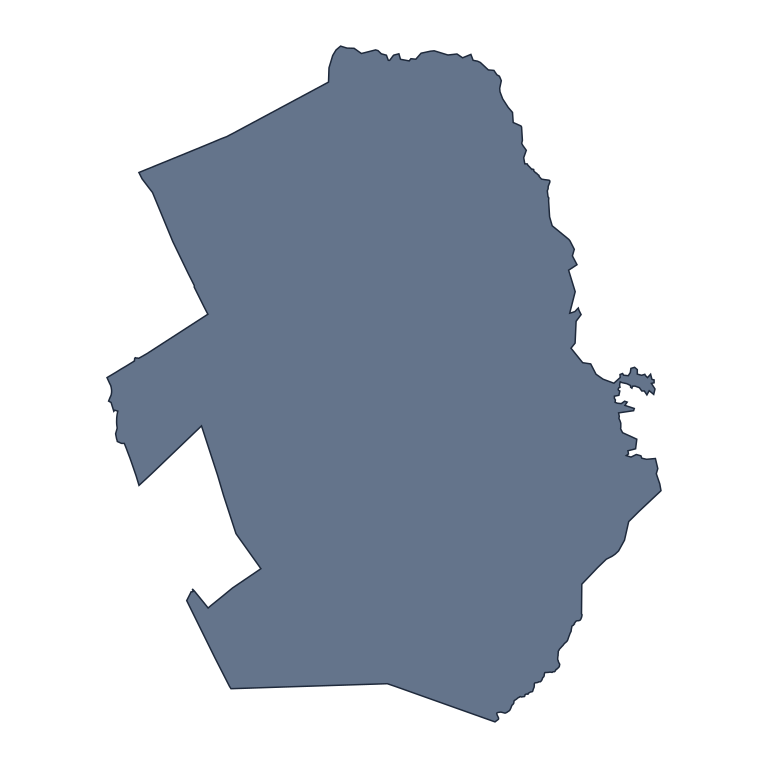 outline of Higueras, Nuevo León, Mexico
{"feature_id": "50627088B36696430432628", "entity_name": "Higueras", "entity_type": "district", "adm_level": 2, "iso_a3": "MEX", "parent_name": "Mexico", "parent_adm1": "Nuevo León", "projection": "mercator", "projection_center": [-99.96, 26.036], "detail": "fine", "context": "isolated", "style": "filled", "palette": "slate", "viewbox_px": 768, "rotation_deg": 0, "n_neighbors": 0, "source": "geoboundaries", "source_scale": "gbopen_adm2", "svg_char_len": 6005}
<svg xmlns="http://www.w3.org/2000/svg" viewBox="0 0 768 768"><path d="M107.0,377.6L109.5,383.1L110.7,385.5L111.2,387.4L111.6,390.2L111.6,392.2L111.5,392.9L111.3,394.3L111.1,395.1L110.6,396.3L109.9,397.8L108.6,401.1L110.0,401.9L111.0,402.4L111.1,402.6L113.8,411.3L114.4,410.6L114.6,410.2L115.5,410.4L117.0,410.9L117.8,411.1L117.1,414.6L116.7,417.9L116.6,422.0L116.7,424.4L117.2,428.1L115.6,433.8L116.6,438.9L117.1,440.4L117.3,441.5L119.8,442.6L121.0,443.2L121.6,443.4L122.2,443.4L124.3,443.4L126.1,447.9L128.2,453.5L129.9,457.9L131.3,461.9L136.1,475.8L139.0,485.4L151.0,474.3L201.5,425.9L217.6,475.3L223.5,495.3L236.0,533.7L260.9,568.7L232.6,587.9L224.7,594.4L211.0,605.5L208.1,608.0L204.6,603.6L194.5,591.2L192.3,588.9L193.2,591.4L193.0,591.5L192.1,591.8L191.5,591.8L191.1,591.8L190.5,593.1L186.7,600.6L214.9,657.8L229.5,686.4L231.0,688.7L283.3,687.0L381.4,683.9L387.3,683.7L395.2,686.4L495.0,721.9L497.1,720.3L498.4,719.3L498.6,718.6L498.5,717.8L497.3,715.3L496.9,714.2L496.7,713.4L496.9,713.0L497.4,712.7L497.8,712.5L500.5,712.1L501.4,712.2L504.1,712.9L504.9,713.1L505.6,713.0L507.2,712.2L507.6,711.8L508.3,711.4L509.2,710.8L509.8,710.2L510.2,709.4L510.8,708.2L511.4,706.6L511.9,705.4L512.2,705.0L512.6,704.7L513.1,704.2L513.7,703.3L514.0,701.4L514.1,700.9L514.3,700.6L516.8,698.9L517.1,698.6L517.4,698.3L517.8,698.0L518.2,697.7L518.7,697.5L519.1,697.3L519.3,697.2L519.5,696.9L519.8,696.7L520.1,696.6L520.3,696.6L520.5,696.6L521.1,697.0L521.3,697.0L523.2,696.7L523.9,696.6L524.3,696.6L524.5,696.5L524.7,696.2L524.8,695.9L524.9,695.7L524.9,695.1L525.0,694.8L525.3,694.5L526.1,694.1L527.3,694.1L527.5,694.2L527.9,694.2L528.1,694.1L528.3,693.8L528.3,693.3L528.6,693.1L530.3,692.1L530.7,691.9L531.0,691.9L531.9,691.8L532.3,691.6L532.5,691.4L532.7,691.2L533.4,688.9L534.1,687.3L534.3,685.7L534.3,683.9L534.5,683.4L534.7,683.1L535.1,682.9L535.7,682.7L536.6,682.7L537.2,682.6L537.8,682.4L538.6,682.0L538.8,681.8L540.0,681.8L540.3,681.8L540.8,681.4L541.1,681.1L541.4,680.7L541.7,680.3L542.0,679.7L542.6,678.1L542.7,677.8L543.5,677.0L543.8,676.7L544.1,676.0L544.2,675.4L544.3,674.3L544.4,673.8L544.6,673.2L544.7,672.8L544.9,672.6L545.1,672.5L545.3,672.5L546.2,672.5L548.1,672.4L548.9,672.3L549.3,672.2L549.8,672.1L550.1,672.1L551.4,672.3L552.1,672.4L552.3,672.3L552.6,672.0L552.8,671.9L553.2,671.8L553.8,671.7L554.5,671.7L555.0,671.3L555.9,669.9L555.9,669.7L556.0,669.6L556.4,669.3L556.5,669.2L556.8,669.2L558.8,667.3L559.1,666.8L559.3,666.5L559.4,666.1L559.4,665.8L559.5,665.5L559.6,665.0L559.7,664.7L559.7,664.4L559.6,664.0L558.7,662.4L558.3,661.3L558.2,661.1L558.2,660.6L557.9,660.1L557.8,659.9L557.7,659.5L557.7,659.1L557.7,658.1L557.9,656.3L558.1,655.4L558.1,654.6L558.1,654.1L558.1,653.7L558.2,653.3L558.3,652.4L558.2,651.8L558.3,651.2L558.6,650.8L559.0,650.2L559.2,649.8L559.2,649.6L559.4,649.3L559.7,648.9L561.2,647.3L561.8,646.6L563.0,645.4L563.5,644.7L563.8,644.3L564.0,644.0L565.0,643.0L566.1,642.1L567.0,641.2L567.2,640.9L567.7,640.0L568.9,636.5L569.3,635.5L570.0,633.5L570.8,631.9L571.1,631.3L571.4,628.8L571.7,627.7L571.8,626.4L572.4,625.7L572.7,625.6L572.9,625.5L573.2,625.4L573.5,625.1L573.6,624.8L574.4,624.0L574.3,623.9L574.3,623.4L575.7,621.6L576.0,621.3L576.3,621.0L576.5,620.9L576.9,620.8L578.1,620.7L578.7,620.7L579.3,620.5L580.2,620.1L580.8,619.2L581.3,618.0L581.7,616.9L582.0,615.2L582.0,614.6L581.5,613.9L581.8,584.2L597.6,567.6L606.3,559.2L612.2,556.2L615.1,554.2L618.6,550.9L624.5,540.2L628.7,521.6L639.2,511.2L661.0,490.7L659.8,484.0L656.3,473.7L657.8,468.6L655.4,458.5L646.6,459.3L641.8,458.2L640.9,455.8L636.3,454.5L631.0,457.1L626.3,455.6L628.5,453.9L627.9,450.8L635.6,448.8L636.8,439.2L622.6,432.7L620.6,428.8L620.8,427.2L620.8,423.2L620.1,421.0L618.9,418.3L619.3,416.5L618.6,412.9L633.6,410.7L634.3,408.5L624.9,405.4L627.2,402.1L624.6,401.2L621.3,403.6L617.3,403.2L615.1,402.3L615.4,399.9L614.4,398.4L614.4,396.2L618.9,395.3L619.8,391.0L618.6,390.4L618.1,389.3L618.9,387.7L620.0,387.3L619.6,384.9L620.2,381.8L621.9,382.6L626.9,383.7L630.5,385.5L630.6,387.2L631.9,388.2L632.6,386.2L635.0,386.1L639.4,387.7L641.8,391.0L644.3,391.0L646.9,394.9L649.2,390.7L653.7,394.4L655.0,389.0L651.4,383.4L654.1,382.8L654.1,379.9L652.5,379.5L651.8,379.1L651.6,378.1L650.6,374.2L647.5,377.6L645.5,375.6L644.8,374.3L641.6,375.3L637.3,374.1L637.3,369.6L634.6,367.3L630.9,368.4L630.3,372.5L628.3,375.7L623.6,375.2L622.6,373.5L620.0,374.5L620.2,377.5L613.9,383.2L603.1,379.2L596.0,374.2L590.7,363.9L582.7,362.7L571.0,348.2L575.1,343.1L576.1,321.3L581.1,314.6L579.0,310.4L578.3,308.0L577.1,309.2L575.0,311.5L572.8,312.3L569.7,313.2L575.2,291.7L568.6,270.2L577.0,264.7L572.4,255.9L574.3,249.3L570.0,240.9L568.8,239.4L552.2,225.8L549.6,216.9L548.6,200.7L548.8,197.9L548.0,196.7L547.3,190.8L548.1,188.8L548.2,186.4L549.8,182.3L549.9,181.0L549.1,180.2L544.4,179.6L541.5,179.1L539.1,176.4L539.0,175.4L537.5,174.3L536.5,173.1L535.7,172.9L533.8,170.9L533.7,169.5L532.6,169.1L532.0,169.5L527.9,165.2L527.2,163.9L524.8,163.8L523.7,157.7L526.3,150.3L522.7,145.3L521.7,143.3L522.4,140.4L521.6,127.3L521.4,126.6L521.0,126.0L513.2,122.5L512.5,112.4L508.2,107.4L502.7,98.9L500.0,91.8L499.7,88.3L501.3,80.7L500.5,78.7L499.4,76.2L496.9,74.8L493.9,70.4L488.3,69.9L480.4,62.5L477.6,61.2L473.1,60.3L470.9,54.4L462.6,57.8L457.0,54.0L447.9,55.0L434.2,50.8L430.4,51.2L421.1,53.2L415.8,59.2L410.9,58.7L409.2,60.9L400.5,59.3L398.9,53.8L393.8,55.1L392.9,56.0L391.9,57.4L389.8,60.2L389.5,60.4L389.0,60.4L388.3,60.3L386.4,55.2L381.3,53.8L378.0,50.6L375.6,49.9L361.4,53.5L354.1,48.3L347.0,48.1L340.6,46.1L336.0,50.0L332.7,55.5L329.0,67.8L328.5,82.1L231.0,134.4L230.7,134.5L226.8,136.6L221.0,138.8L207.9,144.3L194.5,149.8L138.9,172.5L142.1,178.9L149.1,188.1L152.5,192.5L172.8,241.6L188.3,273.7L194.3,285.6L194.2,287.1L203.7,306.2L206.8,312.2L207.9,314.2L146.8,353.7L139.8,357.7L138.7,358.3L137.2,358.0L136.4,358.1L135.8,357.8L135.6,357.7L135.3,357.7L134.7,358.4L134.6,358.7L134.6,359.7L134.5,360.2L134.3,360.6L134.4,361.0L125.8,366.3L121.0,369.1L115.9,372.3L107.0,377.6Z" fill="#64748b" stroke="#1e293b" stroke-width="1.5"/></svg>